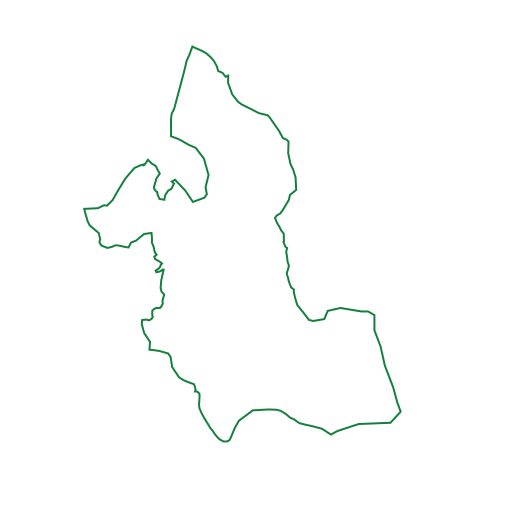 Shar'ab Ar Rawnah, Ta`izz, Yemen, rotated 194°
{"feature_id": "15242507B72961020505586", "entity_name": "Shar'ab Ar Rawnah", "entity_type": "district", "adm_level": 2, "iso_a3": "YEM", "parent_name": "Yemen", "parent_adm1": "Ta`izz", "projection": "mercator", "projection_center": [43.798, 13.731], "detail": "fine", "context": "isolated", "style": "outline", "palette": "green", "viewbox_px": 512, "rotation_deg": 194, "n_neighbors": 0, "source": "geoboundaries", "source_scale": "gbopen_adm2", "svg_char_len": 5122}
<svg xmlns="http://www.w3.org/2000/svg" viewBox="0 0 512 512"><g transform="rotate(194 256 256)"><path d="M140.0,100.9L135.5,105.1L134.6,105.9L115.9,117.7L115.8,117.8L102.7,121.6L97.3,123.2L85.2,126.7L78.3,139.3L78.0,140.0L81.9,145.8L83.9,148.7L85.1,151.0L91.2,161.9L94.8,167.0L101.8,177.0L103.1,178.9L104.5,180.9L106.3,184.5L109.1,190.1L113.3,198.4L114.2,199.7L123.0,212.4L123.1,212.5L126.8,227.3L133.8,229.3L140.3,227.7L161.5,226.0L164.0,224.7L168.8,222.3L173.1,220.1L173.6,217.2L174.5,211.3L182.5,207.8L184.7,206.8L189.1,206.8L196.4,212.6L199.9,215.2L202.0,216.9L202.9,217.5L203.6,218.0L203.9,218.2L204.0,218.3L206.1,221.8L207.9,224.8L208.1,225.3L208.3,225.6L208.9,226.8L209.9,228.8L210.7,230.4L211.0,232.3L211.1,232.6L214.3,234.0L214.7,234.6L216.6,237.2L218.4,240.1L218.7,240.6L219.1,241.5L219.3,241.8L219.3,242.0L221.2,245.1L222.0,246.7L221.7,251.2L221.7,254.6L224.4,258.8L224.4,259.2L224.4,259.4L224.5,259.5L224.6,259.8L225.7,262.8L226.0,263.5L227.7,267.3L227.8,271.3L229.6,272.0L232.7,276.1L232.4,276.7L234.5,284.4L235.9,285.5L236.4,285.9L236.8,286.1L237.6,286.8L238.7,288.0L239.9,289.5L240.0,289.6L240.8,290.4L241.2,290.8L243.4,293.0L243.5,293.1L244.1,293.8L244.3,294.2L246.7,297.3L246.7,297.7L245.9,300.0L245.6,300.3L242.7,303.2L242.1,304.7L241.5,306.2L241.1,307.2L240.3,309.8L238.9,314.5L238.5,315.7L237.7,318.3L237.8,323.4L233.0,329.9L236.7,342.0L240.8,348.7L241.2,349.2L243.5,352.0L244.9,353.8L245.0,353.9L249.1,362.5L249.3,362.7L249.6,363.4L252.1,374.9L254.3,376.3L258.4,376.9L260.9,379.6L263.7,382.7L263.9,382.9L264.7,383.6L265.4,384.3L266.1,384.9L268.6,387.0L276.4,393.9L277.2,394.4L278.8,395.4L287.6,395.3L288.9,395.6L289.3,395.7L299.8,398.1L306.6,399.6L310.9,401.4L318.3,407.2L321.2,411.6L325.0,417.3L326.6,424.4L327.2,424.1L328.4,422.8L328.8,422.5L332.8,425.6L337.5,426.4L339.9,430.6L344.2,435.2L348.2,438.0L353.2,440.6L355.9,441.4L357.7,441.9L358.3,442.0L361.6,442.6L362.1,442.6L363.8,442.9L368.0,443.7L368.4,443.8L369.4,434.4L370.5,428.8L370.5,426.8L370.4,423.3L370.4,415.9L371.0,379.4L372.2,373.6L371.7,368.8L369.3,359.2L367.4,351.6L366.8,351.5L361.8,351.0L357.9,350.4L348.3,347.6L340.6,346.3L330.1,337.9L329.5,336.9L326.7,331.9L326.0,330.8L325.2,329.4L324.5,328.0L321.6,323.1L321.6,317.2L321.6,316.1L321.6,313.3L321.6,310.5L321.4,310.1L318.6,304.0L319.3,302.3L320.2,300.0L320.4,299.9L328.7,294.3L330.3,293.2L340.5,302.4L353.0,310.4L355.7,307.9L353.1,306.5L354.3,300.8L357.0,298.2L358.8,293.3L358.6,288.4L360.2,288.3L363.5,288.0L366.1,291.5L366.7,292.3L367.1,294.1L368.5,294.5L370.1,295.6L371.3,297.0L371.6,298.5L371.7,299.0L371.6,300.8L371.6,301.0L371.5,301.9L371.5,302.9L371.4,305.1L371.4,307.1L369.3,312.7L373.2,316.8L374.2,318.3L375.7,319.3L377.5,319.9L379.0,320.3L379.3,320.4L380.2,320.9L380.5,321.1L384.1,323.2L386.3,317.4L387.1,316.9L387.2,317.6L389.4,316.5L394.8,312.4L395.1,312.0L395.5,311.5L396.3,309.9L397.8,307.0L399.8,303.0L400.3,301.9L401.2,300.0L401.4,299.8L404.0,291.6L405.5,286.8L405.7,286.3L407.0,281.5L408.6,275.9L408.8,275.3L410.7,272.2L411.2,271.4L412.8,268.8L414.5,268.6L415.4,268.5L415.9,268.4L419.4,265.4L421.0,264.1L423.7,263.3L427.3,262.2L434.0,260.2L432.2,256.6L428.3,249.9L428.0,249.3L424.8,245.5L421.6,243.9L414.2,240.3L411.3,234.7L411.3,231.7L409.7,229.8L408.8,228.9L406.1,228.4L404.4,228.2L403.7,228.1L403.4,228.0L402.0,227.9L397.6,230.3L395.8,231.8L393.8,232.7L390.7,233.0L385.8,233.1L381.8,233.4L380.5,238.8L376.1,241.9L375.9,242.2L369.9,250.3L369.6,250.4L363.7,252.8L363.0,253.1L361.6,249.2L360.8,246.3L360.6,245.6L360.6,245.2L360.2,243.7L358.8,241.9L357.4,239.9L355.3,235.4L352.8,233.2L353.2,232.5L354.6,230.7L353.0,228.6L347.8,227.1L345.4,226.0L346.3,224.3L346.2,223.3L346.9,220.9L347.9,219.7L349.8,217.6L348.7,216.1L345.3,217.9L343.1,220.4L342.3,220.4L342.1,209.8L340.8,201.9L339.1,198.6L336.4,196.9L335.7,196.1L336.0,190.2L334.9,187.1L335.8,183.8L336.5,182.6L336.7,182.2L340.1,181.5L341.7,180.3L343.4,178.0L342.8,175.0L342.1,172.8L341.4,172.1L342.0,169.9L343.9,167.9L344.9,167.6L346.3,167.9L349.3,167.0L350.9,166.5L351.0,166.2L350.6,163.8L350.3,162.1L347.1,156.4L346.6,155.5L346.4,155.2L346.2,154.8L345.8,154.1L342.8,151.4L339.8,148.7L338.0,146.9L336.7,139.3L332.6,139.9L326.7,140.5L326.4,140.5L325.6,140.4L323.9,140.4L320.9,140.3L317.7,140.2L314.7,137.6L314.4,137.3L310.5,128.0L301.4,119.7L301.1,119.6L300.9,119.5L296.2,118.0L293.8,117.6L293.0,117.5L290.8,117.2L289.0,117.0L285.2,116.6L283.8,114.5L283.5,114.0L283.5,113.9L282.4,112.1L282.4,110.6L282.4,109.9L282.2,110.0L280.4,110.2L277.7,108.9L276.9,106.6L275.7,100.2L275.5,99.5L275.5,98.4L274.0,94.5L271.2,90.9L267.4,86.6L264.9,84.2L263.3,82.6L260.4,79.8L259.9,79.3L259.4,78.6L255.8,75.9L252.4,72.9L249.7,70.9L248.0,69.9L246.6,69.2L244.1,68.5L242.5,68.2L241.1,68.5L239.6,69.0L238.3,69.7L237.1,71.2L236.6,73.3L235.0,83.7L234.4,86.1L232.7,92.1L227.9,97.9L227.5,98.4L221.7,105.5L218.0,106.6L216.0,107.2L211.4,108.7L209.4,109.3L206.0,110.3L198.7,111.8L196.4,111.8L195.0,111.8L193.9,111.5L188.7,109.9L184.0,107.5L178.9,106.5L177.2,105.7L173.4,104.3L170.1,104.3L167.4,104.3L166.7,104.3L158.5,104.5L158.2,104.5L150.1,104.3L145.2,102.6L140.3,101.0L140.0,100.9Z" fill="none" stroke="#15803d" stroke-width="2"/></g></svg>